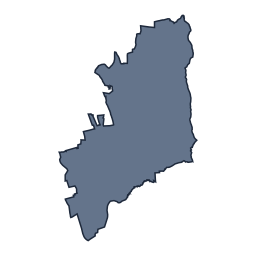 the district of Pancesti, Bacau, Romania
{"feature_id": "2599482B36225776128358", "entity_name": "Pancesti", "entity_type": "district", "adm_level": 2, "iso_a3": "ROU", "parent_name": "Romania", "parent_adm1": "Bacau", "projection": "orthographic", "projection_center": [27.113, 46.364], "detail": "fine", "context": "isolated", "style": "filled", "palette": "slate", "viewbox_px": 256, "rotation_deg": 0, "n_neighbors": 0, "source": "geoboundaries", "source_scale": "gbopen_adm2", "svg_char_len": 5779}
<svg xmlns="http://www.w3.org/2000/svg" viewBox="0 0 256 256"><path d="M88.2,240.6L90.2,239.1L95.2,235.9L95.0,234.8L95.5,233.3L97.6,232.5L97.9,229.3L104.5,227.0L107.4,217.9L107.6,216.6L107.6,216.0L107.7,214.8L107.0,210.2L107.5,205.9L108.3,204.0L109.5,202.2L110.4,201.2L114.0,200.6L117.2,201.7L118.2,202.7L119.7,202.7L120.6,202.3L122.0,201.1L125.6,199.7L126.4,198.7L126.8,198.0L127.7,196.9L127.4,196.3L127.9,195.8L127.6,195.4L127.7,195.0L127.9,195.1L128.4,194.6L128.7,194.9L129.0,194.7L129.1,194.3L129.0,194.0L129.2,193.6L129.4,193.6L129.1,193.4L129.6,192.8L130.1,192.7L130.2,192.2L130.9,191.7L131.0,191.4L131.3,191.3L131.4,190.5L131.7,190.0L132.1,189.9L132.6,189.0L133.6,188.4L134.1,187.8L134.5,187.8L134.5,187.4L134.0,187.0L134.3,186.7L135.1,186.9L136.1,186.7L136.6,186.3L137.1,186.5L137.7,186.1L137.7,186.3L137.9,186.1L138.2,186.3L138.9,186.2L139.5,186.5L140.4,185.8L140.6,185.1L141.4,185.2L142.1,185.0L142.4,184.4L142.4,184.2L142.5,184.4L142.7,184.2L142.8,183.5L142.6,183.5L142.6,183.2L143.2,183.0L143.2,182.7L143.7,182.4L143.7,181.8L144.2,181.5L144.1,181.2L144.4,180.9L145.2,181.3L145.7,180.8L146.3,181.0L146.6,180.8L146.7,180.4L147.1,180.4L146.8,180.1L146.8,179.9L148.2,179.8L148.7,180.4L149.3,180.1L149.9,181.5L150.4,181.2L150.9,181.5L151.3,181.5L152.0,182.0L153.6,182.4L153.9,182.2L154.0,181.5L153.8,180.7L155.6,181.8L155.4,180.2L155.0,172.9L159.5,172.6L159.3,171.2L162.1,171.1L163.6,171.2L164.3,170.3L165.1,169.5L164.8,169.3L165.0,168.8L165.6,168.8L166.6,167.4L168.1,167.4L169.7,167.1L172.1,165.9L175.1,163.9L178.9,162.7L181.5,162.3L182.2,161.9L182.2,161.6L182.7,161.5L183.1,161.2L183.9,160.7L184.4,160.9L185.3,161.8L185.4,161.6L185.7,161.8L187.0,161.8L187.5,161.9L187.7,162.2L188.4,162.3L191.6,161.8L192.5,161.4L192.7,161.5L192.4,160.1L191.2,157.4L191.3,156.9L191.0,155.9L191.0,154.7L191.7,152.6L191.0,151.6L191.0,151.1L190.6,151.0L190.6,150.3L191.4,149.9L190.9,148.9L190.6,148.1L191.4,147.5L192.3,147.4L192.3,146.5L192.6,146.4L193.2,144.8L193.2,144.5L194.1,143.7L194.0,143.4L195.0,142.1L196.8,140.2L195.2,138.8L194.3,137.6L193.6,135.7L193.3,134.4L192.4,132.9L191.8,130.8L191.9,130.0L192.2,129.6L192.1,127.1L191.7,126.2L191.4,125.0L190.6,123.1L190.2,121.2L189.8,120.1L189.9,118.9L190.8,116.9L190.8,116.1L191.0,114.7L191.0,113.7L190.6,111.1L191.1,109.9L190.9,109.5L190.4,107.7L190.6,106.7L190.4,105.4L190.3,103.8L190.4,103.2L190.7,101.9L190.9,98.0L190.5,96.2L190.3,94.6L189.9,93.1L188.4,89.5L187.7,87.4L187.7,86.0L186.5,82.4L186.3,81.0L186.6,79.6L186.2,78.4L185.6,78.0L185.4,77.3L185.4,76.8L186.0,75.7L186.1,74.8L185.6,72.6L185.9,70.5L185.6,69.3L185.1,68.4L185.1,67.9L185.5,67.5L186.7,66.9L187.7,64.7L189.3,63.3L189.9,60.2L190.2,59.1L190.7,58.4L191.2,57.8L192.8,57.0L192.8,56.7L193.2,54.1L193.2,52.9L192.8,51.6L192.7,50.1L192.1,48.5L191.8,45.3L190.3,42.5L188.5,40.3L188.0,38.0L188.0,36.3L188.2,35.1L188.5,34.7L189.2,33.2L189.4,32.2L190.6,31.1L190.9,30.1L190.2,28.0L189.8,26.5L189.5,26.2L189.0,24.6L187.9,23.4L185.8,21.9L185.7,21.6L184.7,21.2L184.2,19.7L184.1,19.0L184.3,18.5L184.3,17.9L183.7,17.6L183.7,17.1L184.0,16.6L184.1,16.2L183.9,15.9L183.4,16.0L183.3,15.4L182.3,15.4L181.3,16.6L180.9,17.7L180.3,18.5L178.8,19.2L177.5,20.2L176.6,21.9L176.2,21.9L175.8,22.2L175.0,22.5L174.1,23.3L173.5,22.0L172.8,21.9L171.1,20.9L169.9,20.6L170.1,19.5L169.2,18.8L167.8,18.8L163.9,19.9L162.0,20.0L161.8,20.2L160.8,20.3L159.9,20.6L158.1,20.9L154.5,21.8L154.5,27.5L149.2,27.0L140.6,25.8L141.0,30.8L140.2,33.4L140.0,33.8L139.0,33.7L137.1,33.9L136.7,34.3L136.7,36.1L135.9,38.6L135.6,41.7L135.6,42.7L136.0,44.6L135.4,46.7L134.3,49.0L133.0,49.1L132.5,49.4L132.5,52.1L130.5,52.6L128.3,53.3L127.5,53.8L127.3,55.2L127.4,60.1L127.3,63.4L125.4,63.3L124.8,63.4L124.7,63.3L123.7,63.3L123.7,63.7L121.2,63.8L120.4,62.6L120.1,61.1L119.6,60.0L119.3,58.6L118.3,56.4L117.1,54.8L116.0,52.4L114.8,52.0L114.6,52.8L114.6,59.2L113.9,62.3L112.1,65.1L110.9,66.2L109.4,68.0L108.9,68.1L108.1,67.8L106.5,66.3L105.4,64.9L104.7,64.4L104.1,64.2L101.6,64.5L98.5,65.8L98.2,66.6L97.7,66.9L97.7,67.3L97.2,67.6L97.1,68.1L96.8,68.1L95.5,69.8L95.4,70.1L95.5,70.3L95.3,70.5L95.4,70.8L95.1,71.2L95.2,71.5L94.9,72.5L99.2,75.3L99.5,75.7L99.8,76.6L100.3,77.1L100.5,77.5L100.9,77.8L101.0,78.2L101.5,78.7L102.4,80.2L102.7,81.4L104.5,84.2L104.9,85.3L108.9,86.0L108.2,86.1L108.2,86.4L108.5,86.4L108.4,87.1L109.2,87.2L109.0,89.0L110.0,88.9L110.1,87.7L110.4,86.3L110.2,85.7L112.0,86.4L112.2,87.0L112.2,88.7L112.6,90.2L112.5,90.6L112.6,91.0L109.2,93.6L103.4,92.7L104.7,96.2L105.3,96.4L105.4,97.0L105.8,96.7L105.8,97.9L106.3,101.0L105.9,102.1L106.7,104.3L107.4,105.3L109.1,109.5L109.7,110.6L110.0,111.7L110.4,112.6L110.7,114.5L111.4,116.1L111.6,117.0L112.2,118.6L113.0,121.6L113.6,124.8L113.0,125.1L109.9,125.7L103.6,126.0L103.2,124.6L103.9,118.9L103.8,118.6L103.0,118.0L103.0,117.8L103.5,117.2L103.8,114.9L103.3,115.0L97.6,115.6L97.6,117.2L98.9,122.0L100.1,124.9L99.8,125.1L98.6,125.0L98.1,125.5L97.1,125.7L92.8,115.8L93.1,115.5L93.0,114.9L92.8,114.9L92.5,115.4L92.2,115.3L91.7,115.7L92.0,115.3L91.8,114.7L91.7,114.6L91.4,114.7L90.9,113.9L90.1,114.1L88.3,114.1L92.3,125.2L93.5,125.2L94.6,128.9L93.7,129.0L89.1,130.3L83.4,131.6L84.7,136.4L85.1,140.1L81.0,139.9L81.1,140.4L80.8,143.9L77.9,144.9L78.1,148.3L76.9,148.5L76.7,147.5L65.9,150.6L66.1,151.4L64.9,151.2L64.3,151.7L62.9,152.1L61.9,151.9L61.2,152.2L59.2,152.2L59.9,153.8L60.7,157.2L59.7,159.6L60.0,161.3L60.6,162.8L62.6,165.2L66.9,168.8L67.8,170.6L65.2,174.9L65.2,181.0L66.8,180.5L69.0,187.3L74.9,186.0L76.4,188.4L76.6,189.4L76.6,191.2L76.7,192.2L77.1,193.1L74.6,194.0L74.9,194.8L73.3,195.3L73.8,196.8L65.3,199.1L65.5,200.0L66.3,201.4L66.9,202.8L68.0,204.6L68.9,205.8L69.3,208.3L69.9,213.1L70.3,215.0L70.5,216.7L70.8,217.5L72.2,217.0L77.1,213.9L81.5,228.2L82.8,233.6L83.9,236.4L84.6,237.7L86.0,239.2L87.2,240.1L88.2,240.6Z" fill="#64748b" stroke="#1e293b" stroke-width="1.5"/></svg>